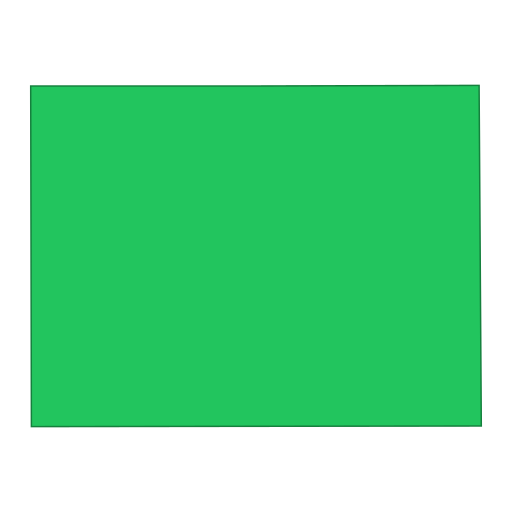 the district of Monroe, Iowa, United States of America
{"feature_id": "52423323B33016719022729", "entity_name": "Monroe", "entity_type": "district", "adm_level": 2, "iso_a3": "USA", "parent_name": "United States of America", "parent_adm1": "Iowa", "projection": "orthographic", "projection_center": [-92.869, 41.03], "detail": "fine", "context": "isolated", "style": "filled", "palette": "green", "viewbox_px": 512, "rotation_deg": 0, "n_neighbors": 0, "source": "geoboundaries", "source_scale": "gbopen_adm2", "svg_char_len": 198}
<svg xmlns="http://www.w3.org/2000/svg" viewBox="0 0 512 512"><path d="M254.9,86.0L30.7,86.0L31.4,426.6L481.3,426.0L479.1,85.4L254.9,86.0Z" fill="#22c55e" stroke="#15803d" stroke-width="1.5"/></svg>